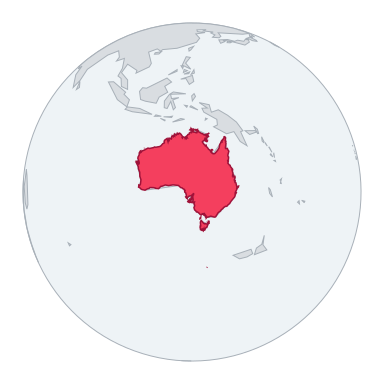 Australia on an orthographic globe, rotated 17°
{"feature_id": "AUS", "entity_name": "Australia", "entity_type": "country or territory", "adm_level": 0, "iso_a3": "AUS", "parent_name": "Oceania", "parent_adm1": "", "projection": "orthographic", "projection_center": [137.073, -32.4], "detail": "fine", "context": "on_globe", "style": "filled", "palette": "rose", "viewbox_px": 384, "rotation_deg": 17, "n_neighbors": 0, "source": "natural_earth", "source_scale": "50m", "svg_char_len": 10972}
<svg xmlns="http://www.w3.org/2000/svg" viewBox="0 0 384 384"><g transform="rotate(17 192 192)"><circle cx="192" cy="192" r="169" fill="#eef3f6" stroke="#a8b0b8"/><path d="M302.6,167.8L302.5,169.0L302.3,169.1L302.6,167.8ZM339.4,112.6L338.0,109.5L339.8,112.6L339.4,112.6ZM336.4,106.9L337.1,108.1L336.4,106.9L336.4,106.9ZM335.5,105.6L336.2,106.5L335.6,105.8L335.5,105.6ZM334.4,104.2L335.0,104.9L334.4,104.2ZM332.3,101.3L331.7,100.5L332.1,100.7L332.3,101.3ZM231.0,356.4L232.7,356.0L240.7,353.8L231.0,356.4ZM233.1,28.1L227.9,27.5L222.6,25.8L233.1,28.1ZM195.9,23.1L188.7,23.3L196.9,23.4L199.8,23.9L194.3,26.3L170.5,32.1L174.1,34.7L172.8,36.6L166.4,38.0L168.0,35.1L163.5,34.4L165.5,32.8L155.7,34.7L158.0,32.6L149.3,35.5L150.2,37.0L157.9,35.7L149.4,39.7L154.4,42.7L152.5,47.6L135.7,58.9L122.3,64.4L121.0,66.5L117.0,65.3L109.6,70.9L115.5,80.9L114.6,84.8L103.7,94.7L103.8,91.8L93.1,88.6L89.7,98.5L97.7,103.7L100.4,112.7L93.6,111.7L91.0,104.1L87.3,102.7L89.3,94.1L88.3,84.0L81.5,88.8L83.1,84.3L80.6,78.4L71.4,85.7L56.1,105.2L52.3,118.1L47.8,126.8L46.6,113.9L50.0,103.7L47.1,107.6L48.0,103.7L46.7,105.8L53.1,95.7L60.3,86.2L68.1,77.2L76.5,68.7L85.4,60.9L94.9,53.7L104.9,47.2L115.4,41.4L126.2,36.4L137.3,32.1L148.7,28.7L160.3,26.0L172.1,24.2L184.0,23.2L195.9,23.1ZM26.9,228.1L27.1,228.9L30.9,242.1L36.7,258.4L41.0,266.9L44.6,274.3L48.0,279.7L53.7,288.5L61.4,298.9L65.7,304.2L57.8,294.7L50.7,284.6L44.3,274.1L38.7,263.1L33.9,251.7L30.0,240.0L26.9,228.1ZM88.4,276.8L91.6,277.7L90.6,279.3L88.4,276.8ZM29.3,224.3L38.8,252.1L39.1,256.6L35.8,251.2L29.9,235.8L28.5,227.0L26.9,218.5L29.3,224.3ZM140.2,130.8L145.3,131.1L145.2,131.9L140.2,130.8ZM134.9,128.8L140.5,128.5L134.0,130.6L134.9,128.8ZM142.8,128.4L148.6,126.5L151.1,125.2L150.7,126.7L142.8,128.4ZM131.1,129.4L111.4,132.7L103.8,132.5L105.4,129.5L117.6,127.4L131.1,129.4ZM104.8,129.6L93.6,125.5L79.9,111.2L84.8,109.5L99.4,116.0L98.4,118.4L105.2,122.1L104.8,129.6ZM132.8,110.9L131.8,117.6L120.7,118.8L115.8,118.6L112.4,111.1L114.3,106.7L118.2,106.0L134.8,90.3L140.3,92.8L135.0,98.9L139.6,103.7L132.8,110.9ZM52.5,119.0L53.8,124.9L51.5,127.8L52.5,119.0ZM142.4,80.9L135.1,87.0L142.0,79.3L142.4,80.9ZM147.0,74.2L147.0,76.7L144.6,74.5L147.0,74.2ZM120.0,69.7L115.8,71.2L116.1,69.6L121.7,66.8L120.0,69.7ZM151.0,52.2L149.3,56.5L148.0,58.1L146.8,55.6L151.0,52.2ZM265.2,229.5L268.1,233.2L263.6,238.0L257.0,242.0L249.8,240.5L265.2,229.5ZM211.1,225.5L209.1,217.0L216.9,218.2L215.2,224.9L211.1,225.5ZM270.0,226.8L274.0,221.6L273.8,212.3L275.3,221.7L280.5,225.5L270.0,233.7L270.0,226.8ZM177.6,189.7L146.9,203.9L139.5,202.8L140.1,196.6L130.9,180.4L133.2,180.4L130.2,169.7L147.6,158.2L159.7,141.0L170.8,142.1L178.4,131.0L190.3,132.7L187.5,141.5L200.8,149.3L207.7,129.8L217.9,153.9L228.9,165.0L234.3,182.6L222.0,208.6L213.1,212.4L210.5,208.9L207.0,211.3L200.3,208.7L194.8,197.9L191.4,200.4L193.8,193.5L189.4,199.4L185.1,192.7L177.6,189.7ZM263.9,165.3L266.2,166.9L270.4,173.2L266.7,170.7L263.9,165.3ZM296.9,169.0L298.3,172.0L295.9,170.9L296.9,169.0ZM302.3,169.1L299.3,167.9L302.6,167.8L302.3,169.1ZM273.6,155.8L274.9,157.8L274.0,157.9L273.6,155.8ZM272.7,154.8L273.7,153.0L273.8,155.4L272.7,154.8ZM261.2,137.9L262.3,137.3L263.0,138.4L261.2,137.9ZM152.9,130.8L159.7,125.0L163.7,124.6L152.9,130.8ZM259.1,134.8L255.9,133.5L256.2,132.4L259.1,134.8ZM259.1,132.2L258.7,130.5L260.9,135.0L259.1,132.2ZM252.8,126.5L256.9,130.7L252.4,126.7L252.8,126.5ZM250.6,126.1L247.8,124.0L247.9,123.6L250.6,126.1ZM220.8,120.1L231.1,131.7L223.3,129.6L214.4,122.0L208.1,126.2L193.6,123.3L196.7,120.4L194.5,115.3L180.0,112.2L177.0,109.0L182.1,107.2L172.7,104.4L182.9,103.5L187.2,110.0L193.1,105.7L203.6,108.2L214.0,112.1L222.8,118.6L220.8,120.1ZM183.3,117.4L185.1,117.5L183.6,119.4L183.3,117.4ZM242.4,118.8L246.5,123.2L246.1,123.8L244.1,122.7L242.4,118.8ZM224.8,117.9L234.1,114.9L236.4,115.6L230.3,120.1L224.8,117.9ZM231.7,110.9L236.1,112.8L238.6,116.5L237.7,117.0L231.7,110.9ZM162.5,110.8L162.2,112.5L159.6,111.2L162.5,110.8ZM165.8,109.8L173.7,111.8L165.1,111.2L165.8,109.8ZM142.9,104.8L145.1,108.6L151.9,105.6L146.7,109.6L151.5,116.1L150.1,118.8L145.2,111.6L143.8,119.4L140.8,119.5L139.0,113.1L141.9,105.2L144.9,101.8L157.4,99.9L142.9,104.8ZM165.7,104.8L163.6,100.2L165.2,97.3L167.4,99.6L165.7,104.8ZM158.0,89.9L153.0,85.3L148.2,87.4L158.3,80.4L161.4,85.8L158.0,89.9ZM154.3,79.8L149.8,81.6L154.7,77.7L154.3,79.8ZM148.8,80.2L148.7,77.1L152.1,77.3L148.8,80.2ZM156.7,79.8L158.1,74.5L159.5,77.5L156.7,79.8ZM148.2,70.6L154.9,74.9L145.6,73.5L146.9,64.3L151.0,63.8L148.2,70.6ZM181.9,38.9L181.9,37.3L186.1,37.1L184.9,38.2L181.9,38.9ZM199.7,36.0L187.2,36.5L177.1,37.7L179.5,38.5L175.9,41.4L173.2,38.7L181.3,35.8L188.7,35.4L191.2,33.5L197.5,32.7L198.3,30.5L201.5,30.0L203.0,31.9L199.7,36.0ZM198.4,29.7L202.1,27.0L209.3,28.2L210.1,29.0L205.4,29.6L201.8,28.9L198.4,29.7ZM205.1,26.8L201.7,26.2L200.1,23.7L201.6,23.6L206.6,25.5L203.7,25.1L202.8,25.8L205.1,26.8Z" fill="#d9dde1" stroke="#a8b0b8" stroke-width="1"/><path d="M209.6,133.5L209.4,134.4L210.2,135.4L211.1,140.2L211.6,140.6L213.1,140.0L213.6,140.8L215.3,142.2L215.5,146.4L216.4,147.8L216.8,147.9L217.3,150.0L217.0,151.8L217.8,152.7L217.8,153.9L219.9,155.3L220.6,155.3L221.4,156.5L224.1,158.3L224.4,158.9L223.8,159.1L225.7,162.2L226.1,164.8L226.5,164.7L226.8,165.2L227.1,164.1L228.3,165.4L228.6,164.9L228.9,165.5L228.9,168.1L229.6,169.2L231.3,170.4L233.7,174.6L233.6,175.4L234.1,176.2L233.5,179.8L234.3,183.0L234.2,184.3L232.0,189.6L231.4,192.1L230.2,193.7L229.9,194.9L229.0,195.7L228.1,196.0L226.6,197.8L226.4,198.8L225.2,200.3L224.8,201.8L223.1,204.0L221.8,208.9L220.7,209.5L217.0,209.6L214.4,211.5L212.9,211.5L213.2,212.0L213.5,211.9L213.2,212.8L212.8,211.9L212.3,212.0L212.0,211.3L211.1,210.8L211.5,210.4L211.4,210.0L211.0,209.9L210.1,210.6L209.6,210.1L210.1,210.2L210.6,209.5L210.1,208.9L208.9,209.5L209.5,209.7L206.8,211.3L204.4,209.9L202.8,209.5L202.1,209.8L201.1,208.9L199.7,208.3L198.4,206.4L198.6,204.6L198.3,203.8L196.5,201.4L197.3,201.5L197.3,200.8L195.5,201.6L194.7,201.5L195.5,199.8L195.4,199.0L194.5,197.2L193.5,200.1L191.5,200.4L191.9,199.4L192.8,199.4L193.0,197.2L194.1,195.5L193.9,194.4L194.3,194.1L193.8,192.5L193.8,193.3L192.4,195.6L190.4,196.8L189.1,198.7L189.3,199.6L188.9,199.3L188.6,199.5L187.3,198.5L187.5,198.2L188.1,198.5L187.5,196.6L186.2,194.6L185.2,194.3L184.6,193.1L184.9,193.1L184.9,192.5L183.5,191.6L182.4,191.5L181.2,190.9L179.9,191.1L177.1,189.7L171.7,190.7L167.8,192.7L164.4,193.1L161.7,195.2L160.5,195.7L159.1,198.6L155.9,199.2L155.7,198.9L154.1,199.0L150.5,200.0L149.8,201.3L148.6,201.9L146.5,204.0L143.4,204.3L142.1,204.0L140.9,203.2L139.5,203.0L139.1,200.8L140.0,201.0L140.4,199.6L139.6,195.2L137.5,192.2L136.2,188.3L134.0,185.6L133.3,183.5L130.6,180.7L131.0,180.8L131.0,180.3L131.8,181.5L132.3,181.2L132.3,180.7L130.9,179.2L130.9,178.8L131.7,179.3L131.9,180.2L132.1,179.8L132.6,180.6L132.9,180.8L133.2,180.4L132.9,179.1L130.3,175.5L130.2,173.9L130.6,172.4L130.5,170.9L130.1,170.2L130.6,167.9L130.8,167.7L131.2,169.5L131.7,169.0L132.3,167.3L134.1,165.9L137.0,162.9L138.8,162.7L142.2,160.8L143.0,159.9L144.3,159.8L147.9,157.9L148.8,157.0L149.9,154.4L151.2,153.1L150.5,151.6L150.7,150.4L152.5,148.1L154.4,151.0L154.3,149.6L155.0,149.8L155.1,149.2L154.0,148.1L154.3,147.9L154.2,147.3L154.6,147.2L154.9,147.7L155.4,147.3L157.5,147.4L156.4,147.3L157.0,146.0L156.7,146.3L156.3,145.7L156.4,145.0L156.7,144.9L157.1,144.3L158.1,144.6L158.1,144.2L157.7,144.3L157.4,143.9L158.0,143.4L158.9,143.6L158.3,142.6L159.4,141.8L159.5,141.1L159.6,141.9L160.1,141.7L160.3,142.1L160.6,141.7L160.7,140.2L161.3,140.7L161.6,140.2L162.1,140.6L163.0,139.3L164.6,140.0L166.8,141.8L166.5,143.5L166.7,143.2L167.0,143.3L166.8,142.6L167.9,141.8L169.2,142.0L169.7,142.7L169.8,141.9L170.9,142.6L170.9,141.8L171.5,141.7L170.8,141.2L171.0,141.0L170.1,140.6L171.0,139.3L171.3,138.2L172.5,137.3L172.2,136.4L172.8,135.6L173.5,135.5L173.5,134.9L174.2,135.2L174.2,134.6L175.4,133.7L175.8,134.3L178.1,133.9L178.6,134.2L178.9,133.8L179.4,133.7L179.3,132.4L176.8,131.6L177.2,131.2L177.8,131.5L178.3,131.3L179.3,132.0L180.1,131.7L180.8,132.5L184.3,133.3L185.2,133.1L186.1,133.7L186.7,133.8L188.7,132.6L188.1,133.7L188.9,133.6L189.1,134.3L189.7,134.3L189.7,133.5L190.5,133.0L191.6,134.1L190.5,135.3L190.6,135.9L190.2,136.5L189.8,136.3L188.7,136.7L188.8,138.5L187.2,140.8L187.4,141.3L189.8,143.1L191.0,143.4L191.2,144.0L191.8,144.0L193.8,145.0L195.3,146.3L197.5,146.9L198.1,148.1L200.3,149.2L201.7,149.1L202.6,148.5L204.3,144.7L205.0,141.9L204.6,138.4L205.1,136.9L205.0,136.0L206.0,135.5L205.2,134.7L205.3,134.4L205.8,133.3L206.1,133.6L206.7,130.6L207.6,129.9L208.0,130.1L207.8,130.4L208.5,131.1L208.7,133.1L209.6,133.5ZM209.0,216.9L210.3,217.3L212.4,218.6L213.4,218.5L213.6,218.7L214.0,218.3L215.0,218.4L216.2,217.9L216.7,218.1L216.5,222.1L216.3,221.4L215.8,222.1L215.4,223.3L215.3,224.7L214.9,224.9L214.7,224.3L215.0,224.0L214.6,223.7L214.3,224.3L214.0,223.5L213.7,224.7L213.2,224.5L213.4,224.9L212.8,225.8L211.1,225.5L211.0,225.0L211.5,224.8L210.8,224.7L210.1,223.6L209.7,221.5L210.2,222.3L210.3,221.9L210.0,221.3L209.8,221.4L209.8,220.9L209.0,219.0L208.8,217.8L209.0,216.9ZM173.4,131.9L175.2,131.3L176.0,132.0L174.4,133.4L173.1,132.6L172.7,131.5L173.4,131.9ZM193.3,201.8L194.0,201.8L194.5,202.2L193.4,202.3L192.9,202.8L191.2,202.7L190.7,202.3L191.0,201.9L192.6,201.4L193.2,201.5L193.3,201.8ZM191.0,138.1L191.5,138.1L191.1,138.9L191.7,139.2L191.5,139.5L189.9,139.3L190.1,138.3L190.8,137.8L191.0,138.1ZM234.0,175.6L233.8,175.0L234.1,174.0L234.6,173.5L234.5,172.9L234.8,172.7L234.9,173.7L234.0,175.6ZM216.6,214.9L217.2,215.6L217.2,216.2L216.7,216.4L216.1,215.2L216.6,214.9ZM172.4,131.9L173.4,133.2L171.8,133.2L172.4,131.9ZM207.4,215.2L207.3,214.5L207.7,213.6L207.9,214.7L207.4,215.2ZM199.4,145.8L198.7,146.2L197.9,146.5L198.3,145.7L199.1,145.5L199.4,145.8ZM130.5,180.3L129.9,179.6L129.7,178.9L129.8,178.9L130.5,180.3ZM217.1,216.6L217.4,217.0L217.2,217.1L216.4,216.7L217.1,216.6ZM229.4,168.4L229.9,168.5L229.8,169.2L229.4,168.4ZM217.7,151.7L217.8,152.2L217.7,152.5L217.2,151.8L217.7,151.7ZM213.8,224.9L213.8,225.6L213.4,225.3L213.8,224.9ZM234.5,180.7L234.2,181.4L234.3,180.5L234.5,180.7ZM179.1,131.5L178.7,130.7L179.0,130.5L179.2,131.1L179.1,131.5ZM191.0,130.9L190.4,131.6L191.2,130.4L191.0,130.9ZM234.3,180.3L234.2,179.7L234.4,179.5L234.5,179.5L234.3,180.3ZM192.1,143.7L191.6,143.5L191.8,143.1L192.0,143.3L192.1,143.7ZM189.7,138.1L189.3,138.2L189.5,137.7L189.7,138.1ZM133.7,163.6L133.7,164.2L133.7,163.6ZM207.1,129.9L206.8,130.1L206.6,129.7L206.8,129.6L207.1,129.9ZM211.4,210.3L211.0,210.5L210.9,210.4L211.0,210.2L211.4,210.3ZM228.5,259.5L228.2,260.0L228.6,259.3L228.5,259.5ZM190.3,131.8L189.4,132.2L190.3,131.6L190.3,131.8ZM158.3,141.9L158.1,142.2L158.2,141.8L158.3,141.9ZM214.1,224.9L213.9,224.6L214.0,224.4L214.1,224.5L214.1,224.9ZM199.0,147.5L198.6,147.5L198.8,147.2L199.0,147.5ZM156.8,144.5L156.6,144.7L156.6,144.3L156.8,144.5ZM210.7,210.5L211.0,210.9L210.5,210.7L210.7,210.5ZM226.8,164.0L226.7,164.0L226.8,163.7L226.8,164.0ZM209.2,216.4L209.1,216.7L209.1,216.4L209.2,216.4Z" fill="#f43f5e" stroke="#9f1239" stroke-width="1.5"/></g></svg>